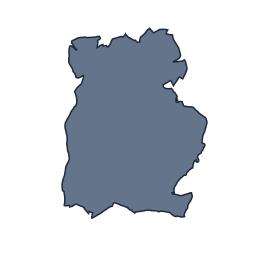 outline of Cozma, Bistrita-Nasaud, Romania, rotated 258°
{"feature_id": "2599482B53910069394437", "entity_name": "Cozma", "entity_type": "district", "adm_level": 2, "iso_a3": "ROU", "parent_name": "Romania", "parent_adm1": "Bistrita-Nasaud", "projection": "orthographic", "projection_center": [24.5, 46.802], "detail": "fine", "context": "isolated", "style": "filled", "palette": "slate", "viewbox_px": 256, "rotation_deg": 258, "n_neighbors": 0, "source": "geoboundaries", "source_scale": "gbopen_adm2", "svg_char_len": 5781}
<svg xmlns="http://www.w3.org/2000/svg" viewBox="0 0 256 256"><g transform="rotate(258 128 128)"><path d="M220.5,145.1L220.1,144.9L219.6,144.4L218.5,142.7L217.9,142.1L218.8,140.7L218.9,140.3L219.0,139.6L218.6,136.5L218.3,131.4L217.4,130.5L213.5,127.8L213.0,127.3L212.4,126.4L211.3,125.2L213.3,123.7L213.0,120.9L214.3,120.7L214.9,120.8L214.7,118.9L214.5,117.9L212.9,114.6L215.4,115.3L216.6,115.9L217.6,116.1L218.1,116.3L219.7,116.5L219.9,116.6L220.4,118.0L220.8,119.0L221.3,119.4L221.8,119.7L222.3,119.6L223.7,118.8L223.9,117.4L223.8,114.5L224.0,112.7L224.3,111.2L224.6,108.7L225.0,106.8L225.3,105.7L226.0,104.5L226.0,102.7L226.1,102.0L226.4,101.0L226.5,99.7L226.5,97.8L226.3,97.0L226.2,96.3L225.9,96.0L225.5,93.7L224.9,91.3L223.7,90.7L222.7,90.5L220.8,91.7L220.4,91.5L219.9,91.9L219.6,92.0L219.4,91.8L218.8,92.0L215.7,94.0L215.3,93.8L215.0,93.5L217.3,92.1L220.1,89.6L220.3,89.0L220.3,88.6L220.2,88.1L219.8,87.9L218.5,87.2L216.9,86.6L213.9,85.9L212.2,85.7L211.6,85.6L210.6,85.5L209.6,85.1L209.0,84.7L208.7,84.6L205.3,83.9L204.3,83.9L202.7,84.1L200.3,85.0L198.2,85.6L197.8,85.9L196.2,86.1L194.8,86.0L193.9,86.4L193.1,87.1L191.8,87.2L190.4,87.8L188.2,87.7L187.7,88.5L187.3,90.1L187.3,90.4L187.6,92.0L188.0,93.1L188.2,94.1L188.4,94.7L188.7,95.1L188.4,95.2L186.8,94.9L185.1,94.2L181.1,91.7L180.8,91.5L180.7,91.3L179.8,89.5L178.0,86.6L175.2,83.7L174.5,83.3L172.8,83.7L168.5,84.0L167.3,83.9L165.0,83.5L162.9,83.0L162.1,82.5L160.8,81.6L160.0,80.8L160.1,80.3L160.0,80.0L157.9,78.1L156.9,76.9L155.9,75.8L153.0,73.8L148.2,69.4L145.8,67.7L143.6,66.9L141.9,66.6L140.8,66.5L137.5,66.6L135.6,66.5L134.3,66.6L133.2,66.8L131.5,66.4L129.3,66.2L128.8,65.9L127.3,65.5L126.3,65.1L124.4,64.7L120.6,64.5L118.5,64.2L117.9,64.2L116.3,64.5L114.9,64.6L112.7,64.4L109.6,64.1L107.9,63.0L103.8,59.6L101.9,58.7L99.8,58.0L94.8,56.0L91.7,54.1L88.5,52.5L87.1,52.0L84.8,51.4L82.3,51.1L80.9,51.0L80.4,51.0L79.9,51.3L79.1,52.1L78.6,52.1L73.0,51.7L69.8,51.0L66.9,50.1L65.5,49.5L64.9,50.6L64.4,54.5L62.9,54.5L63.0,57.5L63.4,57.5L64.2,60.6L64.3,61.6L62.0,64.7L60.9,66.4L59.9,68.1L58.0,68.6L53.3,71.1L52.5,71.6L54.5,72.7L53.0,74.6L52.5,75.8L50.5,74.9L47.7,73.8L47.3,74.0L48.0,76.7L49.1,79.8L49.6,80.9L49.7,82.0L50.1,82.8L50.6,84.3L52.2,87.7L52.6,89.1L54.2,92.5L54.7,94.5L54.7,95.8L54.8,96.5L55.5,96.8L56.1,97.1L57.1,97.9L57.9,98.8L57.3,100.0L55.7,102.8L54.3,104.4L52.7,107.3L51.3,109.3L50.3,111.3L49.5,111.2L49.1,111.6L48.1,112.3L47.6,112.7L47.3,113.2L47.4,113.3L47.2,113.7L47.2,113.9L45.6,114.9L43.8,116.6L44.0,116.7L43.6,117.4L44.3,118.1L44.1,119.5L44.0,122.1L43.8,122.8L43.8,123.1L44.0,123.3L44.0,123.5L43.7,125.6L43.7,128.2L43.6,129.9L43.4,130.5L43.3,131.5L43.2,131.9L42.1,134.1L41.4,137.5L41.2,138.3L40.6,139.4L39.7,140.3L39.8,142.2L39.8,143.3L39.8,143.7L39.3,144.6L39.0,145.5L37.6,148.9L37.3,149.8L36.9,150.9L36.5,151.3L34.4,152.9L32.6,154.5L31.7,155.6L31.5,156.2L31.4,156.9L31.5,157.4L31.6,158.1L31.1,158.9L30.9,159.5L30.4,160.3L30.2,160.7L30.2,161.4L29.7,162.2L29.6,162.7L29.6,163.1L29.6,163.7L29.5,164.9L29.8,165.0L30.5,164.8L31.3,164.8L32.0,165.1L35.6,167.7L37.0,169.4L38.0,169.9L38.5,170.1L39.5,170.2L39.6,170.3L42.3,172.4L42.9,173.0L43.4,173.7L44.5,174.7L45.0,175.1L47.0,176.3L47.7,176.6L48.6,176.7L51.4,176.6L51.3,175.2L51.6,175.2L51.4,173.9L51.2,171.9L51.1,169.0L51.0,168.6L50.7,168.3L50.6,167.9L50.8,166.8L50.9,165.6L51.6,163.7L52.8,161.6L53.4,160.3L53.8,159.0L54.2,158.0L55.4,157.7L55.1,159.7L57.5,160.0L59.9,160.7L60.4,161.0L62.9,163.5L64.8,164.9L67.3,168.1L68.3,169.6L68.7,170.6L70.1,172.8L69.9,173.5L69.9,174.9L71.1,175.6L72.2,176.4L74.2,179.3L75.6,182.5L75.5,183.0L77.3,183.7L78.2,184.0L79.7,184.6L80.3,185.0L81.6,185.9L82.4,186.9L82.8,187.7L82.2,187.8L81.1,187.6L80.8,187.8L80.3,188.3L80.1,188.6L80.1,189.0L80.2,189.4L80.8,190.1L81.8,190.5L82.6,190.5L84.8,189.9L85.9,190.2L86.7,190.9L87.3,191.6L88.3,194.2L88.7,194.6L89.7,195.0L90.0,195.3L90.4,196.1L90.8,196.5L91.6,196.9L93.0,198.0L94.0,198.7L94.9,199.6L95.8,199.7L96.5,199.5L97.3,198.3L98.4,197.2L101.2,198.3L104.4,199.4L105.8,200.2L108.3,202.0L111.1,203.5L112.7,204.5L113.9,204.9L116.0,206.1L116.9,206.3L118.4,206.5L120.8,206.3L121.5,206.2L122.4,205.6L124.0,204.1L127.0,201.3L128.0,200.5L129.8,199.4L130.6,198.6L131.9,197.6L133.9,196.7L134.5,196.1L135.0,195.6L135.3,194.9L135.7,193.6L136.4,190.6L137.1,189.6L137.3,188.9L137.4,187.6L138.4,187.1L139.2,186.8L139.9,186.7L142.6,186.5L143.3,183.6L143.3,183.0L142.7,182.4L142.6,182.0L142.8,181.6L143.7,180.4L144.3,180.8L145.0,180.8L145.1,181.1L144.9,181.5L144.5,181.8L144.5,182.1L144.9,182.1L145.8,181.3L146.2,180.8L146.5,181.3L146.5,182.0L147.4,181.4L148.3,182.6L148.8,182.5L149.3,182.6L150.1,182.3L151.2,181.7L151.8,181.6L152.5,181.4L154.1,180.0L155.8,179.7L157.0,179.1L157.8,178.5L157.8,177.4L157.9,176.7L157.9,175.6L158.5,174.3L158.8,173.1L159.1,172.6L159.6,172.1L161.0,171.2L161.7,171.1L162.5,171.3L163.1,171.7L163.2,171.9L163.3,172.2L163.3,172.7L163.7,173.6L164.1,174.7L164.2,175.3L165.0,177.8L165.6,179.0L165.5,179.9L159.9,181.2L167.3,188.9L165.7,190.5L164.8,191.5L164.7,191.8L167.2,193.7L168.9,195.1L172.4,197.5L173.9,198.0L176.2,198.2L179.5,198.1L182.1,197.8L182.4,197.5L182.9,197.2L182.2,195.4L182.7,189.1L183.1,186.4L183.3,186.2L183.5,186.3L183.7,186.7L184.0,187.9L184.3,189.6L185.6,192.6L185.9,193.0L188.1,194.5L190.6,194.5L195.7,194.2L201.3,192.2L204.0,191.2L207.0,190.6L209.8,190.9L210.0,190.0L210.6,188.3L211.7,185.8L212.1,185.0L213.9,185.7L215.7,187.3L216.3,186.0L216.8,184.6L217.7,180.6L217.8,179.5L215.7,172.8L221.0,169.9L220.5,168.7L220.1,168.0L220.1,167.6L219.8,167.3L218.3,165.7L217.5,164.6L216.7,163.9L216.4,163.4L216.2,162.6L215.2,161.1L214.5,159.5L213.7,158.8L211.1,157.7L209.5,157.3L210.0,154.7L212.3,153.5L212.2,152.4L212.6,152.0L215.8,148.4L216.4,147.8L216.3,147.5L217.1,146.8L218.1,146.5L219.7,145.4L220.5,145.1Z" fill="#64748b" stroke="#1e293b" stroke-width="1.5"/></g></svg>